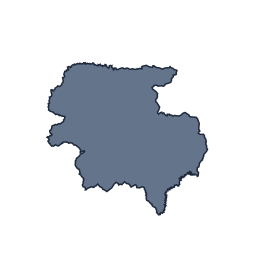 outline of La Convencion, Cusco, Peru, rotated 125°
{"feature_id": "86281439B48996208982152", "entity_name": "La Convencion", "entity_type": "district", "adm_level": 2, "iso_a3": "PER", "parent_name": "Peru", "parent_adm1": "Cusco", "projection": "mercator", "projection_center": [-72.836, -12.335], "detail": "fine", "context": "isolated", "style": "filled", "palette": "slate", "viewbox_px": 256, "rotation_deg": 125, "n_neighbors": 0, "source": "geoboundaries", "source_scale": "gbopen_adm2", "svg_char_len": 5810}
<svg xmlns="http://www.w3.org/2000/svg" viewBox="0 0 256 256"><g transform="rotate(125 128 128)"><path d="M142.1,212.2L144.1,209.7L145.9,208.9L147.9,210.1L148.5,209.0L151.0,208.3L152.6,206.6L153.8,207.3L155.3,205.5L156.4,205.6L157.9,203.7L158.8,203.4L158.9,201.3L158.1,198.9L158.4,194.8L157.5,194.3L156.9,192.6L157.3,191.5L156.4,191.3L156.3,189.2L154.8,186.3L157.0,185.2L158.3,185.4L159.3,184.5L163.3,185.9L164.5,187.5L166.0,187.9L166.9,189.7L168.2,190.0L168.8,190.9L170.2,191.4L172.1,190.3L173.9,190.1L174.9,190.6L175.4,190.4L176.9,188.5L176.6,187.0L177.8,186.2L178.4,186.4L178.7,187.5L180.5,187.5L181.0,188.7L182.1,189.0L182.0,187.7L182.7,185.7L184.6,186.1L185.8,183.6L185.5,182.9L186.1,182.3L186.6,180.0L185.8,179.4L185.7,178.7L183.4,177.8L183.1,175.7L182.4,174.6L179.4,173.8L179.1,173.4L178.5,173.5L177.9,172.8L177.4,173.2L176.1,172.4L174.2,169.0L174.5,167.9L172.9,166.4L172.4,164.9L172.9,162.2L172.2,161.6L172.1,160.6L172.3,156.8L173.1,154.4L175.4,153.1L173.1,152.0L171.8,150.8L172.1,150.2L174.3,150.4L176.0,151.7L179.3,151.9L182.6,152.8L184.1,152.1L185.4,152.2L185.9,151.5L187.9,150.5L189.1,149.3L190.2,146.3L190.0,144.0L192.4,141.5L193.3,141.7L193.9,141.2L193.3,140.2L194.4,138.1L194.7,135.6L195.5,135.3L195.6,134.5L197.9,133.9L198.5,133.0L200.9,132.7L201.9,131.0L201.3,129.6L201.6,128.8L202.0,128.1L203.2,127.5L202.6,126.8L200.8,126.6L197.0,124.2L196.7,122.6L195.9,121.8L195.0,121.9L193.6,120.9L192.7,121.1L192.0,120.5L191.3,120.6L192.3,117.2L191.7,115.3L192.7,113.3L192.2,112.1L192.2,108.9L186.3,107.0L182.1,107.2L179.3,106.6L179.2,104.2L180.0,102.9L178.4,102.2L178.0,100.6L174.0,99.9L174.3,97.8L174.2,96.8L173.5,96.1L173.5,94.3L174.6,91.6L170.3,89.5L170.3,87.9L171.5,87.0L171.8,86.3L170.9,85.5L170.7,84.5L167.8,82.4L167.5,80.3L168.9,79.3L169.2,78.0L170.5,76.9L170.3,76.2L171.2,75.9L171.7,74.7L172.9,75.0L173.4,73.7L174.9,73.0L176.4,71.4L176.5,70.3L176.0,69.4L176.7,67.1L176.6,65.8L177.1,65.1L176.7,64.6L177.8,63.5L177.9,62.3L177.5,59.8L179.1,57.3L180.8,56.1L181.5,53.2L180.8,53.1L180.8,52.2L180.2,52.0L179.9,52.5L178.5,52.7L178.2,51.0L177.4,51.0L176.4,50.3L175.9,51.4L175.3,51.6L175.3,51.0L174.2,51.0L174.1,51.5L173.4,51.4L172.5,52.3L171.0,52.3L170.6,53.3L170.1,52.9L169.9,53.5L169.7,53.0L169.4,54.0L168.7,53.6L167.9,53.9L167.7,54.9L166.9,54.7L166.5,55.4L165.9,55.1L166.0,56.2L165.4,56.0L164.8,56.6L164.5,56.1L164.1,56.7L163.6,56.3L163.1,56.8L163.5,57.1L162.7,57.6L162.3,56.9L161.9,57.3L162.4,57.5L162.1,57.9L161.7,57.8L161.5,58.1L161.7,58.8L161.3,59.1L160.9,58.6L161.0,59.6L160.4,59.6L160.3,60.2L159.7,60.2L159.7,59.1L159.5,59.9L158.6,60.0L158.7,60.9L158.3,59.7L156.2,60.2L156.2,59.6L155.3,60.3L155.1,60.0L155.5,59.7L154.7,58.6L154.2,60.3L154.3,59.5L153.0,59.2L153.6,58.6L153.1,58.2L152.5,58.4L152.3,57.6L151.5,58.2L151.1,57.1L150.1,56.9L150.0,56.2L148.0,56.9L147.5,55.8L146.7,55.7L146.4,54.2L146.9,53.7L146.5,53.3L146.1,53.5L146.1,54.4L145.7,53.5L144.6,53.3L142.8,55.1L141.3,55.4L140.4,56.1L140.8,54.9L140.3,54.6L140.1,56.2L139.7,55.5L139.0,55.7L138.9,55.4L138.3,55.8L138.4,56.5L136.9,56.3L137.6,55.3L136.8,55.3L136.8,54.5L136.2,54.6L135.7,53.9L134.4,54.6L134.4,53.9L133.6,54.0L133.4,53.0L133.1,54.1L131.2,53.0L130.7,53.4L131.1,53.9L130.3,53.5L130.2,53.0L131.1,52.3L130.9,51.8L129.4,52.7L129.0,52.0L128.1,52.4L127.9,51.9L128.9,51.6L128.3,50.8L129.4,50.5L129.7,51.4L130.3,50.3L128.6,50.1L128.8,49.2L130.0,49.0L129.3,47.9L128.5,47.7L128.5,47.0L127.7,47.2L127.1,44.0L127.8,43.5L127.0,43.1L124.1,44.6L123.4,47.0L120.5,48.5L119.2,47.7L115.6,49.3L112.9,49.2L111.5,48.7L111.0,49.2L110.1,49.0L109.5,49.7L107.8,49.7L106.4,50.7L101.9,50.3L99.7,50.7L99.3,52.2L97.3,53.5L96.8,55.1L95.6,55.4L95.2,56.2L94.3,56.0L92.5,58.0L91.6,60.4L90.7,60.6L90.1,61.7L89.9,62.6L91.8,65.2L92.0,67.3L90.1,67.7L89.3,67.4L88.2,69.6L83.5,72.2L80.6,76.3L80.1,78.3L83.0,83.1L83.2,84.6L82.5,85.1L82.4,86.6L82.6,90.2L84.3,91.4L87.5,92.1L89.1,93.3L91.1,97.2L92.7,98.1L92.4,99.6L93.5,101.2L93.0,101.6L93.1,102.3L93.9,102.8L94.2,103.7L95.4,102.9L95.9,104.1L95.8,106.0L95.1,107.4L96.4,108.2L95.7,109.4L96.9,110.3L99.1,111.0L98.3,112.9L96.0,113.0L92.7,114.1L90.6,119.1L90.6,120.4L88.5,121.6L86.8,121.4L84.8,122.2L84.0,123.3L82.9,123.4L82.1,126.2L82.0,130.2L81.1,131.6L78.9,130.8L78.3,131.1L76.7,129.7L76.5,127.4L74.4,125.1L73.4,122.9L72.1,122.4L70.8,122.7L66.2,119.2L63.9,119.7L63.0,120.6L60.0,120.3L58.7,121.3L57.1,119.5L56.1,119.3L55.2,120.2L52.9,120.8L52.8,121.6L53.6,123.3L53.4,125.6L54.0,127.9L53.6,128.8L55.3,129.0L56.7,131.1L58.8,133.0L59.9,133.2L60.8,136.8L62.2,139.5L62.2,142.7L62.9,143.3L63.8,142.6L64.4,142.8L65.8,146.1L66.2,149.0L69.4,151.8L70.4,151.8L70.9,150.8L71.7,150.6L72.7,152.9L73.7,153.3L74.1,154.5L74.9,154.5L76.8,157.2L76.6,158.0L79.1,160.4L79.0,162.1L79.8,163.6L81.7,164.8L81.6,166.3L82.3,167.5L86.6,170.5L86.7,171.2L85.9,172.1L86.2,173.0L86.9,173.6L88.0,172.9L88.7,173.1L88.3,174.1L87.6,174.5L87.8,176.0L86.1,177.0L86.8,177.5L86.9,178.5L88.0,179.0L89.3,178.1L90.1,178.2L90.0,180.8L88.9,181.7L89.1,183.2L89.6,183.2L90.0,182.4L90.9,183.3L91.2,184.2L92.1,184.2L91.7,185.2L92.5,186.1L91.7,187.3L92.9,187.9L93.2,188.8L94.0,188.1L94.7,189.2L95.0,191.3L95.6,191.9L95.4,192.6L94.6,193.0L95.0,194.2L95.7,194.1L97.1,195.2L97.0,196.2L97.9,196.8L98.4,198.6L99.3,198.7L99.7,199.3L99.2,200.2L100.1,200.3L99.6,201.1L100.1,201.8L101.0,201.6L102.3,202.9L102.2,203.8L102.9,204.2L102.9,204.9L103.9,205.1L104.1,206.4L106.1,207.3L106.2,208.1L106.8,207.9L106.9,208.7L107.9,209.4L109.6,210.0L110.2,209.4L111.5,209.8L111.2,210.4L111.7,211.0L111.5,211.6L112.8,212.5L113.6,211.3L114.3,211.2L114.2,210.4L114.6,210.0L116.0,211.6L117.1,211.1L117.6,212.2L118.1,212.2L120.8,211.4L122.0,209.4L123.0,209.5L124.2,210.5L127.0,207.6L128.8,207.7L130.8,207.2L133.1,207.7L133.9,209.8L135.2,209.7L137.2,210.6L137.9,210.1L138.9,210.5L140.2,210.2L140.6,211.1L140.2,212.3L140.7,212.9L142.1,212.2Z" fill="#64748b" stroke="#1e293b" stroke-width="1.5"/></g></svg>